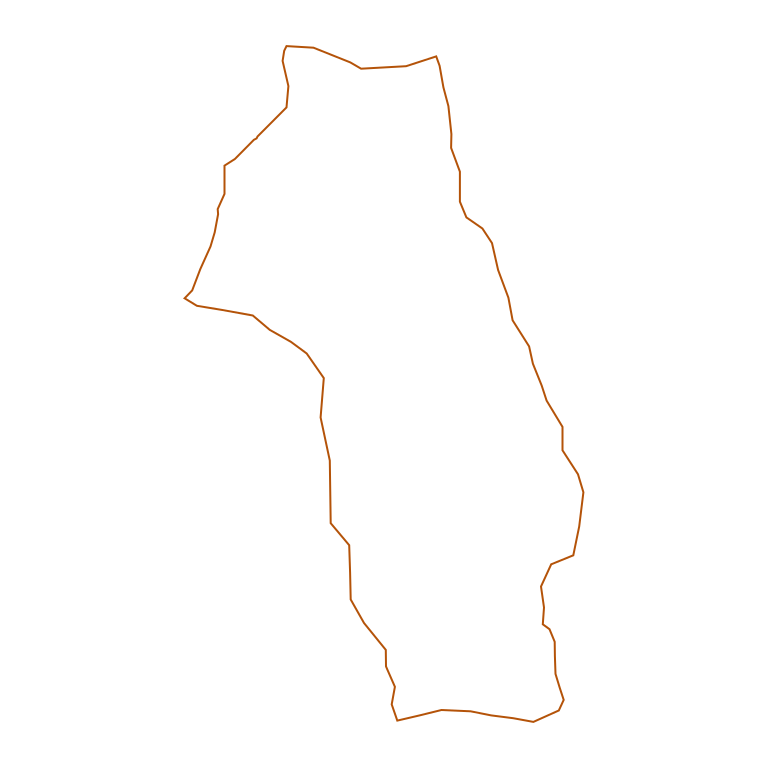 Tremetousia, Cyprus
{"feature_id": "46923920B22613060517459", "entity_name": "Tremetousia", "entity_type": "district", "adm_level": 2, "iso_a3": "CYP", "parent_name": "Cyprus", "parent_adm1": "", "projection": "albers", "projection_center": [33.606, 35.083], "detail": "fine", "context": "isolated", "style": "outline", "palette": "amber", "viewbox_px": 768, "rotation_deg": 0, "n_neighbors": 0, "source": "geoboundaries", "source_scale": "gbopen_adm2", "svg_char_len": 1172}
<svg xmlns="http://www.w3.org/2000/svg" viewBox="0 0 768 768"><path d="M184.6,298.3L196.9,305.8L221.8,309.9L252.8,315.5L269.8,329.9L291.0,341.9L306.7,353.5L323.8,378.1L320.6,417.5L329.8,460.6L330.7,523.2L349.2,545.2L350.1,572.8L350.7,599.5L364.0,623.0L385.8,649.9L386.0,666.4L387.4,669.7L394.9,686.8L391.7,704.4L397.3,720.6L419.6,715.4L441.5,710.0L470.6,711.3L491.2,715.4L513.2,718.2L533.4,721.9L536.5,720.5L546.3,716.1L558.1,710.8L558.8,710.5L563.7,699.9L559.8,688.0L555.5,673.9L554.9,656.2L554.7,641.8L549.5,629.2L542.8,624.3L544.0,607.5L541.0,586.5L551.2,564.3L573.3,555.3L579.2,526.5L583.4,492.3L578.0,474.3L562.5,450.3L562.5,426.9L546.6,400.6L541.7,385.6L532.9,363.7L529.1,346.4L512.6,320.3L508.4,297.7L498.1,270.0L492.0,243.1L482.4,228.5L466.4,217.4L459.9,201.7L459.9,171.7L451.1,147.9L451.4,134.1L448.4,106.1L443.4,87.3L439.6,65.8L436.2,56.4L406.1,66.2L361.1,68.7L350.3,62.4L313.5,47.7L286.5,46.1L284.2,50.8L282.6,60.9L288.4,86.1L286.5,107.4L262.0,132.0L257.5,136.5L256.6,138.4L253.9,139.8L234.9,159.0L224.5,165.6L224.5,193.9L217.7,209.1L218.1,214.2L214.7,232.4L210.5,246.5L200.3,269.1L192.2,290.4L184.6,298.3Z" fill="none" stroke="#b45309" stroke-width="2"/></svg>